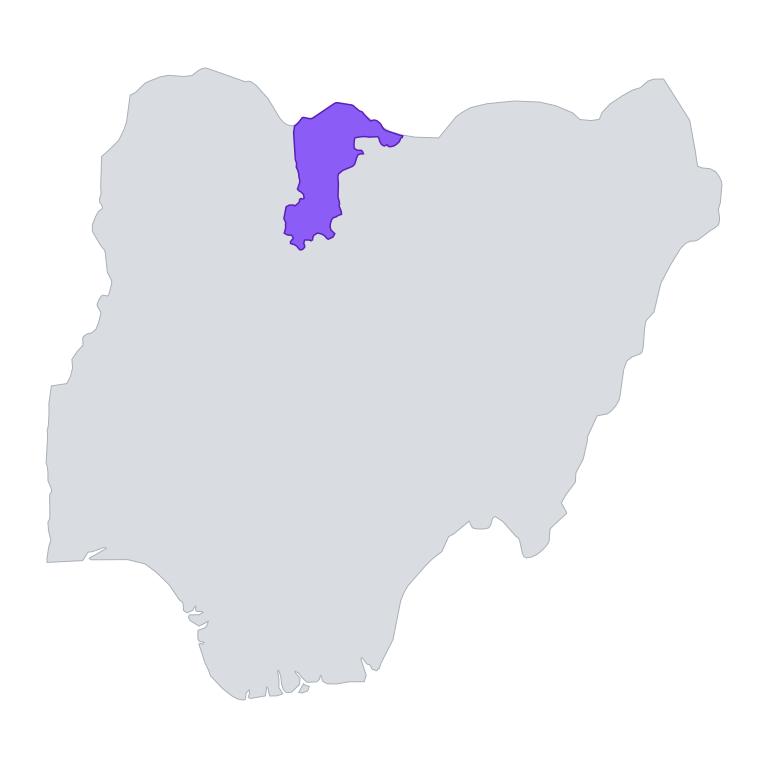 Katsina highlighted on a map of Nigeria
{"feature_id": "NGA-2870", "entity_name": "Katsina", "entity_type": "State", "adm_level": 1, "iso_a3": "NGA", "parent_name": "Nigeria", "parent_adm1": "", "projection": "natural_earth1", "projection_center": [7.789, 12.229], "detail": "fine", "context": "in_parent", "style": "filled", "palette": "violet", "viewbox_px": 768, "rotation_deg": 0, "n_neighbors": 0, "source": "natural_earth", "source_scale": "10m", "svg_char_len": 5680}
<svg xmlns="http://www.w3.org/2000/svg" viewBox="0 0 768 768"><path d="M663.6,79.0L689.7,120.3L695.3,151.0L697.5,166.1L701.8,167.9L709.9,168.7L715.7,171.7L719.3,176.8L721.5,181.5L721.9,184.2L720.4,202.6L718.4,209.3L719.6,218.4L719.2,222.2L718.4,224.9L714.8,227.9L709.9,230.9L698.3,239.7L694.9,241.0L690.0,241.2L685.8,243.4L680.8,248.1L670.0,265.7L660.8,283.4L654.0,311.9L645.9,320.9L644.5,328.8L643.3,346.6L642.0,352.0L640.7,353.6L631.9,357.0L626.8,361.0L623.8,369.1L619.9,396.6L618.6,401.1L615.7,405.9L611.2,411.0L607.3,413.9L597.2,415.8L587.6,436.4L587.5,440.0L583.3,458.8L575.9,472.9L575.4,482.0L566.1,494.5L561.3,502.9L566.3,511.8L566.7,513.2L550.7,528.2L549.8,530.4L549.2,540.8L547.9,543.6L545.0,547.4L540.7,551.6L536.3,554.8L531.3,557.1L526.6,557.9L523.9,556.6L522.4,553.4L519.7,540.8L518.3,538.0L515.2,535.6L502.9,521.6L495.5,516.7L493.9,517.1L492.6,518.4L490.5,525.4L488.4,528.0L484.5,528.9L477.7,529.0L472.7,528.0L471.6,526.6L469.2,521.1L453.9,533.8L448.6,536.7L441.8,551.7L432.1,559.1L425.5,565.7L407.7,586.1L404.2,592.1L400.6,601.1L393.0,639.6L380.8,663.6L379.1,668.7L378.4,668.5L376.8,670.7L372.1,669.3L369.9,664.8L367.0,664.1L361.9,657.6L360.8,658.6L366.2,675.2L364.2,681.7L349.2,681.8L336.2,684.0L327.3,683.8L322.9,681.5L320.9,675.3L320.1,675.9L319.7,679.2L316.8,681.8L306.9,682.3L302.5,678.1L298.9,673.3L295.1,671.2L295.6,673.2L300.0,677.9L299.5,684.5L291.5,692.2L286.3,692.7L283.2,689.3L281.6,683.9L280.7,675.9L278.6,670.7L277.5,670.7L278.9,679.4L278.9,687.5L282.8,693.8L276.9,695.8L269.8,696.0L269.0,693.6L268.1,688.4L266.8,687.0L265.4,695.9L250.9,698.4L248.9,698.0L248.4,696.4L249.5,693.9L249.3,689.9L246.1,693.0L245.5,699.1L243.7,700.1L238.2,699.2L232.2,696.1L222.4,688.4L210.5,675.8L208.5,670.1L205.1,663.2L198.9,644.1L200.0,643.2L202.8,644.2L204.1,642.4L199.1,641.1L198.1,639.7L197.8,635.5L198.0,630.3L205.6,627.6L207.3,624.5L208.3,621.3L199.0,626.1L190.3,620.7L188.4,617.4L189.4,614.9L199.5,614.7L203.1,612.3L200.9,611.4L197.0,611.5L195.6,609.9L195.7,606.0L194.5,606.8L192.8,610.3L186.9,612.9L183.5,610.3L183.2,604.6L182.4,602.1L179.5,600.0L169.3,585.0L156.4,572.4L144.9,563.8L127.6,559.6L91.3,559.8L89.2,558.6L91.5,556.6L94.6,555.3L106.3,548.3L104.4,547.3L92.2,551.7L88.1,552.1L82.7,560.6L47.0,562.4L47.0,558.6L48.6,547.5L50.9,539.9L48.5,530.6L47.9,522.2L49.4,519.6L49.9,516.4L49.6,494.9L51.5,491.7L51.6,489.5L47.9,480.3L48.0,473.2L47.3,466.4L46.1,463.3L47.6,437.0L47.2,430.5L48.3,425.9L49.0,414.6L48.9,403.5L51.4,385.9L66.7,383.6L70.4,376.7L72.6,368.0L71.9,359.4L76.9,351.9L83.0,345.2L82.7,337.8L84.4,335.6L87.3,333.9L91.3,333.0L95.9,329.4L98.5,322.9L101.0,312.7L97.1,305.6L97.2,304.0L98.7,300.1L101.1,296.3L103.0,295.1L107.4,296.0L108.8,294.5L111.8,283.2L111.5,280.2L107.4,272.6L105.2,252.1L104.0,249.4L100.8,245.7L92.3,231.3L92.5,224.4L96.1,215.7L98.5,211.4L101.8,209.1L102.4,207.1L101.5,204.6L99.8,202.8L99.5,198.8L101.1,193.4L100.7,187.3L101.6,156.5L108.6,150.4L118.7,140.3L123.9,129.8L126.6,121.8L130.1,95.3L135.5,92.4L145.6,82.7L159.4,77.1L168.3,75.3L184.0,76.5L191.9,75.5L198.7,70.3L201.7,68.8L206.0,67.9L245.1,81.7L248.6,81.1L251.6,82.0L256.4,85.6L267.9,98.5L280.0,118.4L283.7,122.6L287.5,124.9L291.3,125.8L294.2,125.4L297.0,123.5L300.8,119.8L306.5,118.1L311.2,118.4L335.5,103.2L337.9,103.0L352.8,106.3L373.2,121.5L389.8,131.5L401.5,134.9L415.3,137.2L438.7,137.9L456.3,116.5L462.9,111.9L470.7,107.6L487.1,103.7L514.4,101.0L539.9,102.1L555.8,105.8L572.6,112.8L579.9,119.5L591.2,120.6L599.3,119.3L602.0,112.6L610.1,103.9L622.3,95.8L632.2,90.2L640.4,87.7L647.7,81.2L653.5,79.2L663.6,79.0ZM307.8,690.9L302.3,692.9L298.7,692.4L303.6,683.7L306.1,685.5L309.3,686.3L307.8,690.9Z" fill="#d9dde1" stroke="#a8b0b8" stroke-width="1"/><path d="M337.5,102.7L351.8,105.0L353.4,105.7L354.0,106.3L355.4,107.7L356.9,108.8L358.8,110.5L359.6,111.0L361.3,111.5L362.1,111.9L362.9,112.7L364.3,114.6L369.9,120.5L370.3,120.8L370.9,121.0L371.1,121.1L371.3,120.9L372.0,120.5L372.6,120.3L374.0,120.1L374.7,120.1L376.2,120.5L377.6,121.2L380.0,123.3L381.1,124.7L382.8,127.8L383.7,129.1L385.8,130.5L400.7,135.5L402.7,135.8L402.6,136.4L402.3,137.4L401.3,137.9L400.6,138.6L400.2,139.5L399.7,140.8L399.1,141.9L396.6,144.2L393.9,145.9L390.8,146.7L388.6,146.5L387.8,145.6L387.1,144.6L385.3,145.7L384.0,145.9L382.6,145.2L381.3,144.2L379.7,141.3L378.8,137.9L377.7,136.7L369.0,137.1L365.3,136.6L361.2,136.7L355.2,137.7L354.4,139.5L354.0,143.9L354.1,148.1L357.0,150.2L361.5,150.4L362.7,151.9L363.4,153.8L360.6,153.9L358.0,154.8L356.7,157.6L354.8,163.9L352.8,166.2L342.8,170.4L338.5,173.9L337.8,176.8L338.4,183.3L338.0,197.1L339.2,201.3L339.5,203.4L339.4,204.7L339.1,205.9L339.3,206.9L339.9,207.7L341.3,211.8L341.5,214.4L338.9,215.1L335.8,217.0L333.1,217.7L331.4,220.2L330.5,223.3L330.1,226.5L330.9,229.9L334.8,233.7L332.9,237.1L328.3,239.2L326.7,238.4L325.6,236.7L323.6,235.1L321.4,233.9L317.3,233.0L313.8,235.4L312.8,237.5L312.5,239.9L311.0,240.8L309.0,240.0L304.6,240.0L303.7,243.5L304.6,245.2L304.7,247.1L303.3,248.8L301.5,249.9L299.6,249.7L296.7,246.1L294.7,244.8L290.5,243.5L290.5,241.7L292.0,239.8L292.9,239.0L293.1,237.7L292.4,236.2L291.2,235.1L288.2,235.1L286.8,234.6L284.2,233.2L285.1,230.3L285.7,227.2L285.5,224.9L285.8,222.7L283.9,218.6L286.1,206.8L289.3,205.1L293.5,205.1L293.9,205.2L294.4,205.8L294.7,206.0L295.6,205.4L298.0,203.3L299.4,201.8L299.6,199.6L300.7,198.5L302.5,199.0L304.1,198.3L303.5,194.4L300.4,191.5L298.5,190.5L297.4,188.9L298.3,186.8L299.5,183.0L299.9,181.3L299.5,179.3L299.0,177.4L298.7,174.0L297.9,170.6L296.3,167.2L296.6,163.2L295.4,159.9L293.6,132.7L294.6,125.8L294.9,125.7L296.1,125.0L298.8,122.3L302.2,117.7L303.5,117.4L309.4,118.7L311.4,118.7L313.1,118.0L333.7,103.9L335.6,102.9L337.5,102.7Z" fill="#8b5cf6" stroke="#5b21b6" stroke-width="1.5"/></svg>